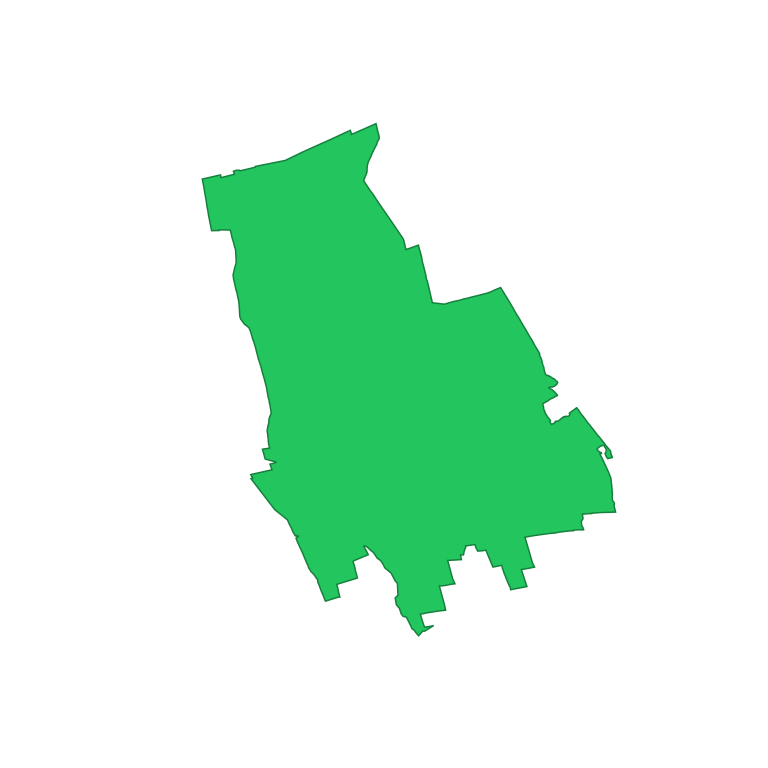 outline of Havarna, Botosani, Romania, rotated 213°
{"feature_id": "2599482B1439153330194", "entity_name": "Havarna", "entity_type": "district", "adm_level": 2, "iso_a3": "ROU", "parent_name": "Romania", "parent_adm1": "Botosani", "projection": "equal_earth", "projection_center": [26.638, 48.055], "detail": "fine", "context": "isolated", "style": "filled", "palette": "green", "viewbox_px": 768, "rotation_deg": 213, "n_neighbors": 0, "source": "geoboundaries", "source_scale": "gbopen_adm2", "svg_char_len": 6123}
<svg xmlns="http://www.w3.org/2000/svg" viewBox="0 0 768 768"><g transform="rotate(213 384 384)"><path d="M550.5,578.4L551.3,576.9L553.0,574.3L561.4,560.9L578.2,534.9L588.5,517.8L610.4,496.4L609.9,495.8L620.9,484.3L621.5,484.6L624.3,482.8L626.2,480.4L623.6,478.5L633.1,468.3L635.0,470.3L648.0,456.9L642.9,451.6L632.8,440.7L628.8,436.1L624.8,432.0L623.6,430.5L612.1,418.7L605.9,422.9L606.3,423.4L596.8,429.4L593.8,426.6L591.4,424.2L586.3,419.9L584.3,417.9L583.8,417.4L583.2,417.1L582.7,416.7L581.5,415.6L575.1,406.8L573.9,404.8L573.6,404.2L572.8,400.9L570.0,393.3L567.5,390.3L559.7,382.7L558.4,381.5L557.2,380.6L554.2,377.5L550.9,374.3L545.7,367.6L545.2,366.8L543.9,365.1L543.3,364.2L541.8,362.3L540.9,361.4L540.4,361.0L539.5,360.4L533.5,358.1L529.9,357.9L527.8,357.5L527.2,357.2L524.6,355.4L518.0,349.7L516.4,348.6L512.4,345.3L503.2,336.8L497.2,332.0L491.1,326.4L489.5,325.1L485.0,321.1L480.7,317.1L473.8,309.7L471.7,307.9L470.7,306.8L470.1,306.0L467.9,303.9L463.7,299.3L462.8,298.1L462.5,297.3L462.2,295.2L461.5,292.2L460.9,291.3L460.1,289.6L459.5,288.7L459.1,287.8L458.6,285.8L457.7,283.9L457.0,282.0L456.5,281.1L455.5,279.8L454.5,278.9L452.2,275.9L451.4,275.3L450.0,273.2L447.9,270.6L447.1,269.8L444.9,268.1L450.4,263.1L442.7,256.3L432.3,259.7L432.0,259.6L432.4,258.7L433.2,257.6L436.0,254.7L431.2,251.0L445.3,236.7L446.4,235.5L444.2,234.1L443.9,234.4L443.3,234.0L443.5,233.8L442.8,233.3L443.9,232.1L407.1,219.1L391.0,217.5L387.1,214.9L383.4,212.8L379.5,210.2L375.7,208.3L375.2,209.2L374.2,208.6L373.9,208.6L373.3,209.8L373.0,209.9L372.8,209.4L372.8,208.9L373.8,206.8L372.2,205.5L365.4,201.1L360.7,198.2L350.5,191.2L349.7,190.9L348.3,189.9L347.4,189.0L346.2,188.3L345.2,188.2L344.1,187.3L343.5,187.0L339.7,186.2L336.0,184.9L335.0,184.2L333.5,183.9L332.9,183.6L331.8,181.9L329.6,180.5L323.9,176.2L320.6,174.1L315.2,170.1L314.9,170.0L314.7,170.1L307.2,179.2L305.4,181.1L305.0,181.3L308.1,184.1L312.6,188.6L314.5,190.2L300.6,206.8L304.1,210.0L306.3,211.9L308.1,213.9L309.5,215.1L310.3,215.9L312.5,217.5L313.3,218.5L313.0,219.2L312.6,220.0L304.2,232.3L312.5,236.9L312.2,237.7L309.7,238.1L307.7,237.9L305.1,237.3L301.1,236.9L294.7,234.2L291.3,234.1L290.3,234.0L286.4,232.2L283.0,230.2L275.1,229.3L267.2,224.9L264.2,224.1L257.2,214.4L258.1,210.6L253.4,205.6L248.8,204.2L244.4,200.6L241.3,199.5L238.4,200.7L229.2,195.4L227.3,194.0L224.3,193.9L221.7,192.8L217.9,191.7L216.9,197.9L215.2,198.9L210.8,208.5L214.0,205.2L217.6,202.2L219.0,203.2L221.8,205.4L228.1,210.7L223.3,215.5L213.6,224.2L209.1,227.8L212.3,231.1L227.6,244.8L224.0,247.4L218.1,253.1L215.7,255.1L220.3,258.0L234.5,270.7L223.4,278.9L226.8,282.4L224.5,283.7L224.4,284.5L225.4,286.6L226.1,289.2L226.6,291.8L227.5,292.7L226.3,293.6L220.2,298.9L217.9,296.8L214.4,294.9L210.8,297.6L208.1,300.1L192.9,289.8L186.4,296.1L183.9,293.5L181.8,292.2L181.3,291.5L169.7,283.4L167.5,282.4L165.8,280.4L153.8,292.0L167.8,303.2L163.7,306.9L158.0,312.4L162.0,314.8L182.3,332.3L175.6,338.6L164.5,348.2L159.4,352.2L158.3,353.2L157.4,354.3L150.3,360.3L145.6,364.0L145.2,364.1L145.4,364.5L144.5,365.4L138.9,369.5L138.7,369.3L137.2,370.5L138.3,371.5L141.1,373.1L141.8,373.7L143.5,376.0L143.8,376.9L143.6,378.6L143.8,379.5L144.4,380.3L146.8,382.8L144.3,384.8L139.5,388.3L139.7,388.5L132.7,393.9L120.0,402.7L122.5,405.1L125.3,407.5L125.1,408.1L125.6,409.1L126.1,409.6L126.6,410.0L128.2,410.5L129.2,411.1L129.8,412.0L130.9,413.2L132.2,415.7L133.0,416.9L134.0,418.0L136.8,421.7L142.1,428.2L142.8,428.9L148.2,432.7L159.3,439.7L164.9,443.0L163.8,444.3L164.5,444.8L166.0,444.4L167.4,444.5L168.9,444.9L169.6,445.2L169.9,445.5L169.9,445.9L169.1,448.6L168.1,450.5L166.5,452.1L166.2,452.2L165.8,452.2L164.6,451.5L164.1,451.1L163.2,451.0L162.6,450.5L161.8,450.0L161.5,449.5L160.8,447.8L160.8,446.3L160.6,445.9L157.5,443.9L155.6,443.3L154.5,444.6L152.5,446.6L152.5,446.8L156.0,449.4L156.8,450.3L157.5,451.2L159.0,451.6L165.4,453.6L166.5,454.1L174.2,456.7L177.1,457.5L186.0,460.6L186.9,460.8L188.8,461.6L192.5,462.7L199.4,465.3L201.9,466.0L203.6,466.7L206.1,467.9L209.5,469.0L209.7,468.8L209.7,468.5L209.8,467.6L210.1,467.4L210.4,466.7L210.7,465.6L212.0,462.6L212.2,461.3L212.6,460.7L212.6,460.3L211.5,459.4L211.2,459.0L211.2,458.6L212.0,457.3L212.7,456.6L214.1,455.9L214.5,454.9L214.7,454.7L215.0,454.8L215.7,454.2L215.7,453.9L215.7,453.2L216.2,452.7L217.1,449.4L217.6,448.2L218.1,447.4L219.3,446.7L219.8,446.0L220.0,445.7L219.9,445.5L219.5,445.3L220.0,443.7L220.5,442.7L221.3,442.0L221.7,441.3L224.5,442.7L224.3,443.7L224.6,444.1L228.6,445.4L233.3,447.6L233.9,448.1L234.4,448.8L234.8,449.1L235.9,449.4L237.9,451.9L240.0,453.6L240.0,453.9L239.7,454.7L238.7,456.7L237.7,458.4L236.2,462.1L234.2,465.2L233.9,466.1L232.3,468.8L232.9,469.3L235.7,470.0L237.3,470.3L237.9,470.5L240.2,470.8L241.8,470.5L242.5,470.5L243.8,470.7L243.8,470.8L243.2,471.7L241.2,473.0L240.1,474.6L239.4,476.2L239.6,476.3L239.6,476.5L239.0,477.6L239.1,479.8L240.2,480.4L241.8,480.4L243.8,481.0L245.4,480.7L247.3,480.8L248.5,480.6L249.1,480.7L250.0,480.5L250.4,480.7L251.0,480.5L251.2,480.2L253.2,479.9L253.5,479.9L254.0,480.4L254.7,480.7L256.2,481.9L257.2,483.0L258.3,484.0L259.2,485.2L260.5,485.9L260.9,486.2L265.7,490.8L268.4,492.4L269.6,493.4L269.8,493.7L269.8,494.1L270.1,494.3L270.5,494.5L274.1,496.4L277.7,498.0L282.5,500.7L289.0,503.8L297.7,508.3L299.5,509.0L300.7,509.8L301.8,510.2L305.5,512.2L311.9,515.2L313.3,516.0L314.6,516.5L315.4,517.1L320.3,519.5L321.5,520.2L338.7,528.4L341.8,524.0L344.8,519.2L347.0,516.3L356.0,506.6L359.6,502.8L360.7,501.4L363.4,498.8L366.0,495.6L370.2,491.5L376.9,483.8L387.7,478.5L403.6,493.8L405.8,495.3L407.9,497.7L410.0,499.8L418.7,507.7L421.8,511.1L424.8,513.9L429.4,517.8L430.6,519.0L430.8,519.2L436.2,512.0L438.9,508.7L445.2,514.8L446.0,515.5L447.2,516.3L466.6,524.5L488.4,533.5L496.7,537.2L501.2,538.8L509.4,542.4L511.8,543.5L512.5,546.4L513.4,551.5L514.2,553.4L515.6,555.5L517.3,559.0L518.1,561.7L518.7,565.8L518.9,568.3L519.4,569.8L520.5,579.0L520.5,580.6L520.9,581.7L521.4,583.6L521.5,586.3L521.7,587.1L522.2,588.1L523.3,589.4L526.5,592.2L532.5,598.0L544.0,580.5L545.2,578.4L546.4,577.0L547.2,575.6L548.9,577.2L550.5,578.4Z" fill="#22c55e" stroke="#15803d" stroke-width="1.5"/></g></svg>